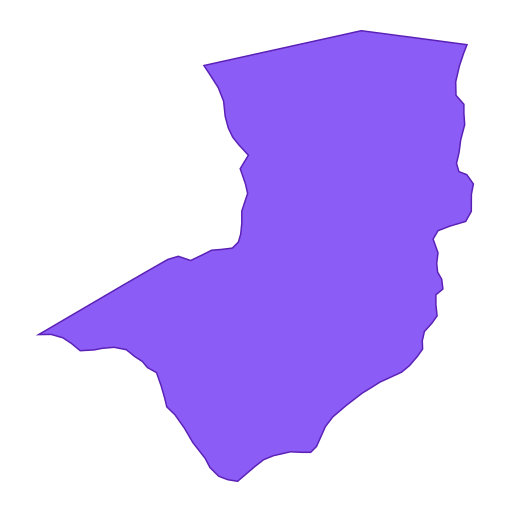 Varjota, Ceará, Brazil
{"feature_id": "56859067B91642005756852", "entity_name": "Varjota", "entity_type": "district", "adm_level": 2, "iso_a3": "BRA", "parent_name": "Brazil", "parent_adm1": "Ceará", "projection": "albers", "projection_center": [-40.497, -4.171], "detail": "fine", "context": "isolated", "style": "filled", "palette": "violet", "viewbox_px": 512, "rotation_deg": 0, "n_neighbors": 0, "source": "geoboundaries", "source_scale": "gbopen_adm2", "svg_char_len": 1316}
<svg xmlns="http://www.w3.org/2000/svg" viewBox="0 0 512 512"><path d="M361.3,30.7L203.9,65.5L210.5,75.5L218.3,87.7L223.6,101.1L225.2,116.4L228.3,128.0L232.8,137.3L238.9,144.9L248.4,155.2L240.2,168.7L245.5,184.0L247.6,193.5L244.7,202.2L241.8,211.1L241.8,223.3L240.7,234.1L238.4,242.0L232.3,248.1L221.7,249.4L211.6,250.2L202.3,254.9L190.7,260.5L178.3,256.3L167.9,259.4L147.5,271.0L124.2,284.5L38.6,334.6L51.0,334.4L62.9,337.8L71.2,343.3L80.2,350.7L94.2,349.9L102.4,348.3L114.1,347.3L126.3,349.7L134.7,356.5L142.4,361.5L147.5,367.6L156.5,372.6L161.3,386.3L164.7,398.2L166.8,406.9L175.0,414.8L184.5,428.3L192.8,442.5L205.2,458.4L210.0,467.6L218.8,476.3L227.8,479.7L237.6,481.3L254.5,466.8L263.6,459.7L273.4,455.7L290.4,451.8L301.5,452.3L310.7,452.3L316.5,446.5L325.5,426.4L332.8,416.9L346.0,405.6L362.1,393.2L373.3,386.3L379.9,382.1L401.7,372.1L409.6,365.5L417.3,356.5L422.6,349.1L422.3,340.7L424.4,331.5L431.8,323.3L437.1,315.9L435.9,304.5L435.9,294.8L442.9,289.0L441.7,279.2L437.6,272.1L436.7,263.4L438.0,252.8L433.1,239.1L438.0,230.7L449.6,226.2L465.7,221.4L471.3,211.4L471.4,194.3L473.4,184.0L466.8,174.7L458.9,171.6L456.5,163.4L459.1,152.3L460.7,139.9L464.7,124.6L463.9,113.3L463.9,104.3L456.0,95.3L455.7,81.9L459.4,66.0L463.6,53.4L467.0,44.7L361.3,30.7Z" fill="#8b5cf6" stroke="#5b21b6" stroke-width="1.5"/></svg>